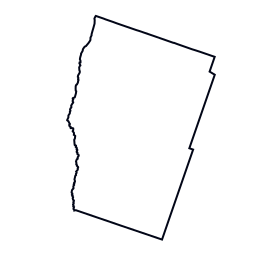 the district of Richland, North Dakota, United States of America, rotated 199°
{"feature_id": "52423323B46553352512273", "entity_name": "Richland", "entity_type": "district", "adm_level": 2, "iso_a3": "USA", "parent_name": "United States of America", "parent_adm1": "North Dakota", "projection": "mercator", "projection_center": [-96.692, 46.284], "detail": "fine", "context": "isolated", "style": "outline", "palette": "ink", "viewbox_px": 256, "rotation_deg": 199, "n_neighbors": 0, "source": "geoboundaries", "source_scale": "gbopen_adm2", "svg_char_len": 3410}
<svg xmlns="http://www.w3.org/2000/svg" viewBox="0 0 256 256"><g transform="rotate(199 128 128)"><path d="M59.5,33.6L59.5,57.3L59.4,128.8L63.4,128.8L63.3,206.6L69.2,207.9L69.2,223.5L85.0,223.5L90.1,223.4L92.9,223.3L108.7,223.4L112.3,223.5L112.7,223.3L132.4,223.4L149.3,223.4L151.8,223.3L168.9,223.3L172.8,223.3L176.7,223.4L180.7,223.4L184.6,223.4L186.7,223.5L188.5,223.5L192.4,223.5L194.9,223.5L195.1,223.0L195.4,220.6L195.2,220.1L194.7,219.4L193.6,215.8L193.3,211.2L193.2,208.7L193.0,205.2L192.9,204.6L192.6,203.7L192.9,201.3L192.5,199.9L192.3,199.4L192.2,198.5L193.0,195.5L194.4,191.8L195.4,190.8L195.7,190.0L196.2,188.2L196.2,187.1L196.0,186.5L196.0,186.2L196.6,183.0L196.3,182.2L196.2,179.4L196.0,177.9L195.8,177.2L195.0,176.4L194.5,175.3L194.3,174.6L195.1,174.2L195.0,173.3L193.7,172.1L193.4,171.6L193.7,171.2L193.9,169.4L192.8,166.8L192.3,166.3L191.9,165.6L191.7,164.6L192.3,161.5L192.2,160.6L192.1,160.0L191.7,159.7L191.3,159.3L191.1,158.5L191.2,158.4L191.0,157.6L190.8,157.5L190.6,157.5L190.4,157.3L190.4,157.1L190.4,156.8L190.4,156.4L190.5,156.0L190.4,155.8L190.2,155.3L190.2,154.1L190.4,153.5L190.4,152.6L190.9,152.1L191.0,151.8L191.1,151.0L191.0,150.2L190.9,150.1L190.5,148.6L189.6,146.3L188.9,145.9L188.5,143.7L188.3,139.9L188.4,139.5L189.1,138.9L189.5,138.7L189.7,138.4L189.9,138.2L189.9,137.8L189.8,137.6L189.5,137.4L189.1,137.2L189.1,136.7L189.2,136.3L189.2,135.8L189.1,135.4L188.8,134.9L188.3,134.7L188.1,134.3L188.2,133.9L188.6,132.7L189.0,130.8L188.9,130.3L188.3,129.4L188.3,129.1L188.4,128.6L188.8,127.8L188.8,126.6L188.6,126.2L188.2,125.9L188.0,125.5L188.3,124.6L188.2,124.2L188.0,123.9L187.8,122.8L188.4,120.5L188.3,120.0L187.8,118.6L188.1,115.6L187.8,115.4L186.5,115.0L185.3,113.7L184.3,113.0L184.2,112.6L184.6,111.8L184.1,110.9L182.6,110.4L182.5,110.1L182.5,109.5L182.1,109.2L180.4,109.8L179.7,109.8L179.4,109.3L179.1,107.9L179.3,107.3L179.2,106.8L178.5,106.5L177.6,105.9L177.1,104.7L177.0,103.9L175.6,103.5L175.3,103.3L174.8,100.8L175.0,99.3L173.2,95.2L172.8,94.5L172.5,94.4L172.0,94.6L171.4,94.4L171.2,94.0L171.3,93.6L171.2,93.0L170.2,92.7L169.8,92.3L169.7,91.9L169.8,91.5L169.7,91.1L169.5,90.9L168.9,90.9L168.7,90.4L168.7,90.0L168.9,89.3L168.8,88.7L168.6,88.5L168.0,88.4L167.8,88.3L167.7,87.6L167.4,86.9L166.9,86.7L166.2,86.7L165.7,86.1L165.6,85.6L165.7,85.0L166.0,84.3L166.0,83.6L165.9,83.4L165.7,83.2L165.6,82.6L165.6,82.3L166.2,81.8L166.3,80.3L166.2,79.2L165.8,78.9L165.3,77.9L165.1,77.4L165.2,77.0L165.1,76.8L164.9,76.6L164.5,76.5L164.1,76.2L164.0,75.6L162.5,74.9L162.3,74.6L162.3,74.2L162.5,73.6L162.4,73.3L162.1,73.0L162.0,72.5L162.0,71.9L162.6,70.7L162.8,69.9L162.4,69.7L162.0,68.9L162.3,67.8L162.3,67.4L161.8,66.6L162.3,65.4L162.1,64.3L161.9,62.0L161.2,61.1L160.7,60.1L160.7,59.6L161.1,59.0L161.1,58.5L160.6,58.0L160.6,57.8L160.6,57.7L161.0,57.3L161.0,57.1L160.9,56.8L160.4,56.4L160.7,55.4L160.7,55.0L160.3,54.0L160.0,53.6L159.9,53.2L160.0,52.7L160.3,52.4L160.7,51.0L160.4,48.8L160.0,48.3L159.4,48.1L159.2,47.8L159.1,47.4L159.3,46.5L159.2,46.4L158.7,46.3L158.4,46.2L158.4,45.5L158.2,45.2L157.4,44.8L157.3,44.5L157.4,43.6L157.3,43.3L157.1,43.1L156.5,42.2L155.9,42.1L155.4,41.6L155.4,41.2L155.4,40.6L155.6,40.1L155.5,39.9L155.0,39.6L154.8,39.1L155.1,38.0L155.0,37.6L154.3,37.2L154.2,36.7L154.3,36.3L154.2,35.9L153.3,35.7L153.2,34.6L153.3,34.1L153.2,33.7L152.1,33.0L151.9,32.5L150.6,33.3L106.3,33.4L102.6,33.4L59.5,33.6Z" fill="none" stroke="#020617" stroke-width="2"/></g></svg>